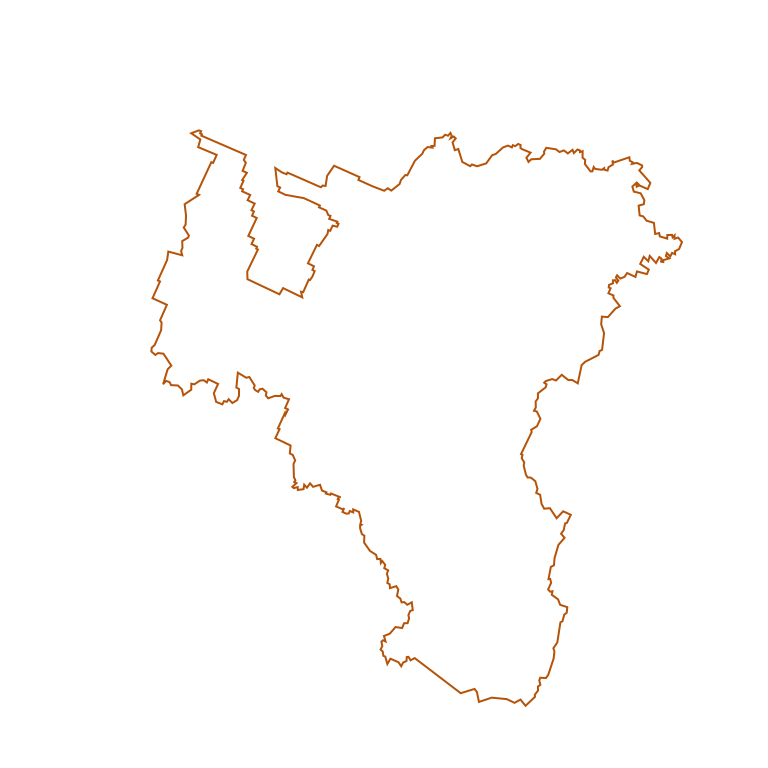 outline of Cabonne, New South Wales, Australia, rotated 195°
{"feature_id": "25037944B28032354001178", "entity_name": "Cabonne", "entity_type": "district", "adm_level": 2, "iso_a3": "AUS", "parent_name": "Australia", "parent_adm1": "New South Wales", "projection": "orthographic", "projection_center": [148.824, -33.111], "detail": "fine", "context": "isolated", "style": "outline", "palette": "amber", "viewbox_px": 768, "rotation_deg": 195, "n_neighbors": 0, "source": "geoboundaries", "source_scale": "gbopen_adm2", "svg_char_len": 6166}
<svg xmlns="http://www.w3.org/2000/svg" viewBox="0 0 768 768"><g transform="rotate(195 384 384)"><path d="M617.1,355.2L612.4,352.9L610.2,355.4L604.9,356.2L594.2,346.7L596.8,342.2L597.3,326.6L595.3,330.6L591.6,330.3L589.4,327.8L582.7,329.2L577.8,326.5L574.9,321.1L568.7,328.6L570.2,334.4L567.1,334.6L562.7,339.6L559.2,341.0L555.5,339.6L555.0,343.1L544.3,341.1L546.0,331.1L541.5,323.3L534.9,322.5L534.1,326.1L531.2,326.1L530.1,329.1L525.5,326.4L521.7,330.5L521.0,335.0L522.7,341.6L525.7,342.4L528.1,357.1L518.6,354.4L515.9,355.9L508.5,349.1L508.8,346.5L506.9,344.8L503.5,343.9L502.7,346.7L500.2,348.0L495.4,345.6L495.1,342.3L492.2,340.2L486.4,344.2L480.9,345.6L480.2,347.7L477.4,344.8L471.8,344.7L473.3,335.2L470.1,334.6L471.3,328.7L472.2,330.4L475.0,313.6L473.2,313.4L474.9,303.5L458.3,300.4L457.0,292.6L453.7,291.8L450.0,287.2L450.7,283.3L446.9,270.7L444.7,268.1L445.3,266.1L442.9,265.6L445.9,260.9L444.1,260.1L440.7,262.1L439.8,259.3L434.5,261.6L435.0,266.1L431.6,263.9L429.7,268.9L425.9,266.3L419.7,270.1L416.3,265.0L411.6,264.5L411.8,263.1L407.1,263.1L406.9,264.5L396.5,263.3L398.6,262.8L398.9,260.8L397.6,260.5L398.6,253.4L391.2,252.2L390.3,253.8L391.0,249.7L386.8,249.0L384.5,249.9L384.1,252.5L380.5,252.0L381.3,254.9L375.1,254.0L370.6,245.9L370.6,242.4L369.2,242.2L370.4,240.8L369.7,238.4L366.5,233.3L363.7,232.4L362.2,225.7L354.3,219.1L347.4,216.9L345.3,213.1L342.2,214.1L340.7,210.3L339.9,212.6L336.0,209.6L336.1,206.2L331.7,205.0L332.1,201.5L329.5,197.1L329.3,192.7L326.7,192.0L325.4,188.4L319.8,191.9L317.0,189.2L316.6,182.6L312.6,180.9L310.5,177.6L308.1,178.6L304.3,176.8L300.7,180.3L297.7,173.1L300.0,171.5L300.6,167.0L299.1,164.2L299.3,159.1L302.7,158.1L303.3,153.0L310.0,152.2L313.8,144.3L318.8,140.6L315.9,135.7L318.6,136.2L319.8,134.5L317.8,130.4L318.6,126.6L316.0,125.3L314.3,121.3L312.2,121.0L308.3,114.4L306.7,120.3L298.0,119.0L294.3,115.8L293.4,119.9L290.6,122.2L291.3,126.2L289.8,126.8L286.8,124.0L283.4,127.2L229.9,105.2L217.6,112.9L214.5,110.5L210.0,101.5L198.8,108.9L183.8,111.4L175.4,109.8L170.5,114.5L164.0,109.8L157.2,120.9L157.9,122.9L155.9,127.7L157.0,131.6L155.1,133.9L157.3,137.9L157.1,140.7L151.5,141.9L150.1,145.5L149.1,162.7L150.1,169.6L152.0,172.6L149.7,179.2L151.9,199.5L150.2,201.0L150.2,207.9L148.3,210.3L149.2,215.9L156.7,216.3L160.2,221.1L167.4,223.8L167.6,227.4L169.7,226.4L172.3,228.0L171.1,235.2L173.0,238.7L174.6,238.1L175.5,250.5L172.9,252.9L174.2,259.9L173.9,273.7L169.8,282.2L174.2,285.2L172.6,289.5L173.0,296.1L171.4,297.2L169.7,306.0L178.0,307.4L182.5,299.0L191.6,307.0L197.0,305.0L200.8,309.0L204.5,317.4L208.8,318.2L208.6,322.4L212.7,329.3L217.9,331.6L221.1,330.9L223.4,333.1L227.9,341.2L228.2,344.5L231.8,348.0L231.9,351.4L233.5,351.7L228.9,375.8L230.0,377.8L225.3,382.8L223.9,390.9L229.3,397.0L232.2,397.0L231.3,400.6L233.0,406.4L231.6,410.0L232.9,414.8L227.0,422.6L226.9,425.8L229.6,426.7L228.4,428.8L222.8,432.3L218.8,431.9L214.7,438.9L207.0,435.5L203.1,436.6L197.0,434.8L198.0,453.4L195.5,457.5L184.3,467.6L184.3,471.6L182.2,473.4L184.6,490.1L189.7,497.9L191.0,505.5L185.1,506.5L179.9,516.8L176.3,520.2L184.8,526.7L185.2,528.9L190.7,529.7L189.9,535.1L191.9,535.4L192.3,537.9L188.8,540.7L189.7,543.4L187.7,544.1L185.3,542.0L184.4,544.5L187.6,546.9L187.0,549.3L183.0,547.0L179.4,549.8L177.9,554.1L168.8,552.5L168.8,558.2L158.5,558.2L157.8,563.0L167.6,566.3L166.0,574.1L160.5,571.0L160.5,576.5L152.6,571.3L150.9,577.9L148.4,576.9L148.0,573.9L145.8,574.1L146.4,575.9L141.0,579.1L144.8,580.6L144.7,583.7L140.5,581.3L139.7,585.2L136.4,584.7L137.3,587.5L133.9,590.8L132.9,598.2L137.8,601.6L141.0,599.4L141.8,602.8L143.2,600.4L144.4,602.6L148.9,601.2L148.1,597.7L155.8,598.0L157.3,601.0L160.9,599.1L165.0,609.5L172.6,609.7L177.0,613.0L180.7,613.0L184.2,622.2L179.6,624.9L180.1,628.9L185.4,634.6L192.5,634.5L195.2,639.0L192.0,644.0L190.4,643.1L192.0,642.4L191.0,640.0L188.7,641.9L179.7,640.5L178.8,647.2L192.7,656.4L190.7,660.5L191.5,662.0L196.9,663.0L201.4,660.8L200.9,662.4L204.4,663.3L205.7,666.5L219.3,657.4L221.2,659.0L219.7,655.2L223.2,651.6L223.3,648.0L226.7,648.0L227.2,649.5L229.0,647.3L235.7,646.4L237.6,647.9L237.8,643.3L239.5,642.8L246.9,648.5L247.7,652.6L250.8,654.0L252.4,660.3L254.7,658.7L255.2,660.3L257.8,660.6L260.4,656.2L262.5,659.0L266.1,654.3L270.7,656.2L274.5,653.5L278.7,655.2L288.4,654.1L289.6,649.8L288.8,647.9L291.7,641.8L299.9,639.2L301.9,635.9L305.0,639.4L302.3,645.4L311.6,646.6L313.3,647.3L313.9,650.2L316.5,650.6L318.8,647.7L321.4,648.0L321.7,645.6L325.8,646.4L330.1,643.5L335.6,635.1L338.7,633.1L342.4,623.5L350.5,618.4L355.9,618.8L357.1,616.7L365.9,618.8L373.0,630.2L376.1,628.2L380.3,635.1L378.3,639.8L380.7,641.1L383.3,638.6L382.8,641.2L384.8,643.7L386.4,640.4L389.5,640.6L391.2,637.4L398.4,634.5L396.8,627.1L399.6,626.2L398.4,624.9L403.3,624.1L405.9,620.2L406.6,616.3L411.9,607.7L415.5,591.6L417.5,591.4L420.4,585.5L420.7,581.2L427.0,572.7L431.1,574.0L433.8,570.7L446.3,572.0L461.5,574.5L461.2,577.5L488.7,581.9L492.8,570.4L491.7,560.2L494.6,559.8L495.9,557.7L532.0,563.2L532.4,561.4L537.2,561.9L544.9,564.5L538.2,547.5L535.2,546.9L536.0,542.7L528.1,541.2L509.5,542.8L492.1,539.8L492.5,537.8L484.6,536.6L481.6,532.8L479.2,532.5L479.7,529.3L471.1,528.7L471.3,527.3L469.4,527.0L469.9,523.8L474.6,523.7L475.6,518.0L477.7,518.3L477.4,514.3L482.4,500.5L484.8,501.0L488.7,480.9L482.1,479.6L482.7,475.7L480.2,475.1L480.9,469.4L482.4,465.2L483.7,465.4L485.8,451.8L488.0,451.7L485.4,446.5L506.3,450.5L508.2,443.6L543.0,449.9L545.2,457.2L540.6,481.3L542.5,481.7L542.2,483.7L548.2,484.9L547.1,490.7L553.4,491.9L549.9,511.4L555.0,512.4L554.3,517.0L557.0,517.6L555.6,524.8L563.3,526.2L562.2,532.0L570.9,533.4L570.6,535.6L573.6,536.2L572.3,543.9L573.8,544.3L571.1,552.5L575.7,553.3L574.7,561.9L577.4,564.2L576.6,569.5L624.7,576.6L624.5,578.1L626.5,578.5L626.1,580.8L628.6,581.0L635.1,576.3L624.7,572.7L624.8,564.7L604.9,562.0L606.3,553.3L608.2,553.6L614.2,519.2L611.6,518.8L623.1,506.1L618.8,495.4L616.9,486.7L617.9,483.3L610.9,476.9L611.0,474.8L615.9,469.8L613.9,463.3L614.4,459.9L612.2,456.1L626.6,456.1L625.6,447.6L629.2,425.5L626.9,425.1L629.8,406.9L614.2,404.3L616.8,387.6L614.7,385.7L613.2,378.2L615.6,362.4L617.8,358.9L617.1,355.2Z" fill="none" stroke="#b45309" stroke-width="2"/></g></svg>